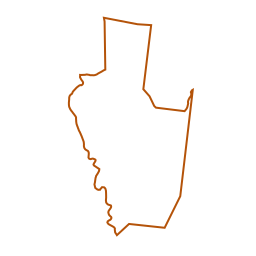 outline of Morne Gomier, Laborie, Saint Lucia, rotated 185°
{"feature_id": "8701671B16290064127769", "entity_name": "Morne Gomier", "entity_type": "district", "adm_level": 2, "iso_a3": "LCA", "parent_name": "Saint Lucia", "parent_adm1": "Laborie", "projection": "natural_earth1", "projection_center": [-60.992, 13.765], "detail": "fine", "context": "isolated", "style": "outline", "palette": "amber", "viewbox_px": 256, "rotation_deg": 185, "n_neighbors": 0, "source": "geoboundaries", "source_scale": "gbopen_adm2", "svg_char_len": 4177}
<svg xmlns="http://www.w3.org/2000/svg" viewBox="0 0 256 256"><g transform="rotate(185 128 128)"><path d="M113.9,232.5L127.6,232.2L161.6,235.7L160.6,232.0L155.7,184.2L155.9,184.1L156.6,183.7L157.4,183.2L159.3,181.8L161.6,180.3L162.5,179.7L163.7,178.7L164.0,178.5L164.5,178.3L165.6,177.8L166.5,177.6L167.4,177.5L168.1,177.5L169.0,177.4L170.2,177.3L171.1,177.5L171.4,177.6L172.0,177.6L172.5,177.6L172.9,177.7L173.5,177.7L174.0,177.7L175.2,177.3L175.7,177.2L176.6,177.1L177.1,177.0L177.5,177.0L178.5,176.8L179.3,176.8L179.9,176.7L180.3,176.7L180.2,176.1L180.3,175.7L180.2,174.7L180.1,174.1L179.7,173.6L179.1,172.6L178.1,171.3L177.2,170.4L176.9,169.8L176.7,169.3L176.7,168.7L176.7,168.2L176.9,167.8L177.3,167.2L178.0,166.6L178.3,166.6L178.8,166.5L179.2,166.6L179.8,166.3L180.4,165.9L180.8,165.6L181.4,165.0L182.1,164.4L183.1,163.3L184.0,162.1L185.2,160.6L186.0,159.5L186.2,159.1L186.5,158.0L186.8,157.3L187.2,156.8L188.0,156.3L188.2,155.9L188.7,155.2L189.0,154.5L189.1,153.9L189.2,153.4L189.2,153.1L189.2,152.5L189.1,151.8L189.1,150.9L189.1,149.7L189.1,149.0L189.1,148.5L189.1,148.0L189.0,147.2L189.0,146.8L188.9,146.5L188.9,146.0L188.8,145.5L188.6,144.7L188.5,144.2L188.3,143.8L188.2,143.5L187.8,142.9L187.6,142.5L187.4,142.1L187.2,141.8L186.9,141.4L186.7,141.1L186.2,140.5L186.0,140.3L185.6,139.8L185.1,139.4L184.8,139.0L184.4,138.5L182.7,136.7L181.7,135.5L181.2,135.0L181.0,134.6L180.7,134.1L180.6,133.4L180.6,132.9L180.5,132.3L180.4,131.5L180.3,131.0L180.2,130.5L180.2,130.0L180.1,129.6L180.0,129.2L179.9,128.7L179.8,128.3L179.7,127.9L179.6,127.6L179.5,127.3L179.3,126.8L179.1,126.5L178.7,125.5L178.3,124.7L178.2,124.6L178.0,124.1L177.9,123.8L177.5,123.0L177.3,122.7L177.1,122.1L176.8,121.5L176.6,121.2L176.3,120.7L176.1,120.3L175.8,120.0L175.5,119.5L175.1,118.7L174.8,118.3L174.7,118.0L174.5,117.7L174.3,117.2L174.1,116.9L173.8,116.4L173.5,115.8L173.3,115.4L173.0,114.8L172.7,114.2L172.5,113.7L172.0,112.7L171.6,111.9L171.2,111.0L170.9,110.3L170.8,109.7L170.7,109.3L170.6,108.9L170.6,108.6L170.5,108.0L170.4,107.4L170.4,107.0L170.4,106.4L170.3,105.9L170.2,105.6L170.1,105.2L169.9,104.7L169.8,104.4L169.6,104.1L169.4,103.9L169.2,103.6L168.9,103.2L168.5,102.9L168.0,102.6L167.2,102.2L166.9,102.1L166.3,101.8L165.9,101.6L165.5,101.1L165.3,100.8L165.2,100.5L165.0,100.1L165.0,99.8L164.9,99.5L164.8,98.7L164.8,98.4L164.8,97.9L164.8,97.4L164.8,97.0L164.8,96.7L164.8,96.1L164.8,95.6L164.8,95.2L164.6,94.8L164.4,94.5L164.2,94.2L163.8,94.0L163.5,93.9L163.3,93.8L162.8,93.7L162.4,93.8L162.0,93.9L161.6,94.1L161.1,94.3L160.8,94.4L160.4,94.4L160.0,94.4L159.7,94.3L159.4,94.2L158.9,94.1L158.5,94.0L158.2,93.8L157.9,93.7L157.7,93.6L157.5,93.1L157.5,92.9L157.5,92.6L157.6,92.2L157.8,91.9L157.9,91.6L158.1,91.1L158.3,90.8L158.6,90.3L158.7,90.0L158.8,89.7L159.0,89.2L159.2,88.8L159.1,88.5L159.0,88.2L158.9,88.1L158.5,87.6L153.0,84.6L153.0,83.6L153.2,82.3L153.7,81.2L154.3,79.8L154.7,79.2L155.1,78.3L155.6,77.4L155.7,76.5L156.0,75.3L156.0,74.7L156.1,73.0L156.2,71.0L156.5,68.9L156.4,68.5L156.2,68.0L155.9,67.0L155.6,66.1L155.3,65.4L154.3,64.8L153.4,64.2L152.8,64.0L152.2,63.8L151.4,64.0L150.9,64.1L150.6,64.0L150.3,64.5L149.7,65.4L149.4,65.8L148.7,66.8L148.1,66.8L147.4,66.8L146.6,66.8L145.8,66.2L145.2,65.5L144.5,63.6L144.3,62.1L144.1,60.6L143.9,58.7L143.7,56.6L143.7,54.5L143.7,54.0L143.2,51.8L142.4,50.9L141.9,50.5L141.4,50.1L140.0,49.7L138.4,49.4L138.2,49.2L138.1,48.9L137.9,48.0L138.1,47.2L138.7,46.0L139.5,44.7L140.1,43.5L140.3,42.4L140.0,41.4L139.7,40.6L139.3,39.8L138.2,38.8L137.8,38.5L137.0,37.9L136.7,37.1L136.7,36.8L137.0,35.9L137.5,35.2L138.3,34.6L139.0,34.2L140.1,33.2L140.3,32.0L139.1,30.6L137.6,29.9L134.6,28.6L133.0,27.7L132.3,26.7L132.3,25.6L131.7,22.9L131.1,22.1L130.2,21.0L129.7,20.3L118.6,32.5L82.8,31.8L70.0,64.6L68.4,117.9L66.8,171.7L67.1,171.5L67.3,171.4L67.7,170.8L68.2,169.9L68.4,169.5L68.5,169.2L68.1,168.3L67.9,167.5L67.9,166.3L68.0,165.6L68.3,165.1L68.7,164.3L69.2,163.7L69.5,163.0L69.7,162.4L69.9,162.1L70.1,161.6L70.2,160.9L70.4,160.4L70.5,159.7L70.4,158.4L70.2,157.9L70.3,156.9L70.5,155.4L70.7,154.1L71.2,152.6L71.7,151.7L72.5,150.6L73.1,149.7L101.9,150.7L103.8,152.2L109.3,161.5L116.1,168.0L113.9,232.5Z" fill="none" stroke="#b45309" stroke-width="2"/></g></svg>